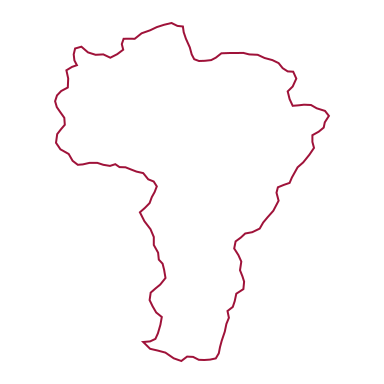 the district of Guidoval, Minas Gerais, Brazil
{"feature_id": "56859067B97454970123686", "entity_name": "Guidoval", "entity_type": "district", "adm_level": 2, "iso_a3": "BRA", "parent_name": "Brazil", "parent_adm1": "Minas Gerais", "projection": "mercator", "projection_center": [-42.788, -21.182], "detail": "fine", "context": "isolated", "style": "outline", "palette": "rose", "viewbox_px": 384, "rotation_deg": 0, "n_neighbors": 0, "source": "geoboundaries", "source_scale": "gbopen_adm2", "svg_char_len": 2026}
<svg xmlns="http://www.w3.org/2000/svg" viewBox="0 0 384 384"><path d="M252.2,232.2L259.7,228.6L263.2,222.5L267.8,217.0L273.3,210.8L278.6,200.7L276.5,192.7L277.9,187.3L283.8,184.9L289.6,182.9L291.9,177.5L294.7,172.5L297.6,167.3L303.2,162.4L309.4,154.7L314.0,147.9L312.4,141.9L312.4,135.2L318.7,131.7L323.7,127.6L324.8,122.3L328.9,115.9L325.0,110.9L316.7,108.3L311.0,105.0L304.0,104.7L298.8,105.3L292.7,105.8L289.6,99.1L287.7,91.4L292.7,86.5L296.3,78.6L293.2,71.7L287.7,71.4L282.7,68.2L278.6,63.1L272.4,60.1L264.6,58.0L257.7,54.8L249.2,54.4L243.3,52.9L237.0,53.0L230.0,53.0L221.4,53.3L215.8,57.7L211.2,60.1L204.8,60.8L199.0,61.0L194.2,59.2L191.7,54.4L189.8,47.4L185.9,38.7L183.7,32.2L182.9,26.5L177.4,25.9L171.5,23.0L164.0,24.8L156.8,27.1L150.1,30.3L141.6,33.3L134.7,38.8L128.9,38.7L123.6,38.8L121.8,44.1L123.2,49.7L117.2,54.2L110.3,57.7L103.3,54.4L95.6,54.8L88.0,52.4L81.4,46.7L75.1,48.5L73.7,54.4L74.4,60.4L76.9,65.2L72.0,66.9L66.4,70.3L68.2,78.5L67.8,87.5L61.2,91.0L57.0,95.4L55.1,101.2L56.8,107.1L60.1,111.9L64.3,117.8L64.8,124.8L61.1,129.1L57.2,134.1L56.0,142.8L60.4,149.3L68.7,154.0L72.6,160.8L77.8,164.8L82.8,164.4L89.4,162.9L97.4,162.9L103.3,164.8L110.0,165.9L115.3,164.2L119.5,167.1L125.5,167.3L130.8,169.4L136.5,171.6L143.2,173.1L148.2,179.3L153.7,181.5L156.8,186.4L154.6,192.1L151.8,197.1L149.6,203.1L144.9,207.9L139.9,212.3L144.4,221.2L150.5,229.2L153.8,237.0L153.8,245.0L158.1,252.7L158.8,259.6L162.6,263.7L164.1,269.7L165.5,278.0L160.2,284.6L155.8,288.2L150.7,292.6L149.6,300.1L152.6,306.3L156.2,312.5L161.8,317.0L160.4,324.8L157.9,333.4L155.4,338.9L150.1,341.4L143.2,342.0L150.1,348.8L157.9,350.6L165.4,352.6L173.7,358.3L181.3,361.0L187.1,356.6L193.1,356.9L198.8,359.8L204.3,360.0L210.1,359.6L215.8,358.4L218.8,353.3L220.0,347.1L221.7,340.8L224.8,331.6L226.4,323.9L228.9,317.8L227.5,311.0L232.8,306.9L234.7,301.2L236.3,293.7L243.4,289.1L244.1,281.6L242.5,276.5L240.0,270.2L241.3,261.6L238.4,255.1L234.2,248.5L235.6,241.4L240.9,237.5L245.2,233.5L252.2,232.2Z" fill="none" stroke="#9f1239" stroke-width="2"/></svg>